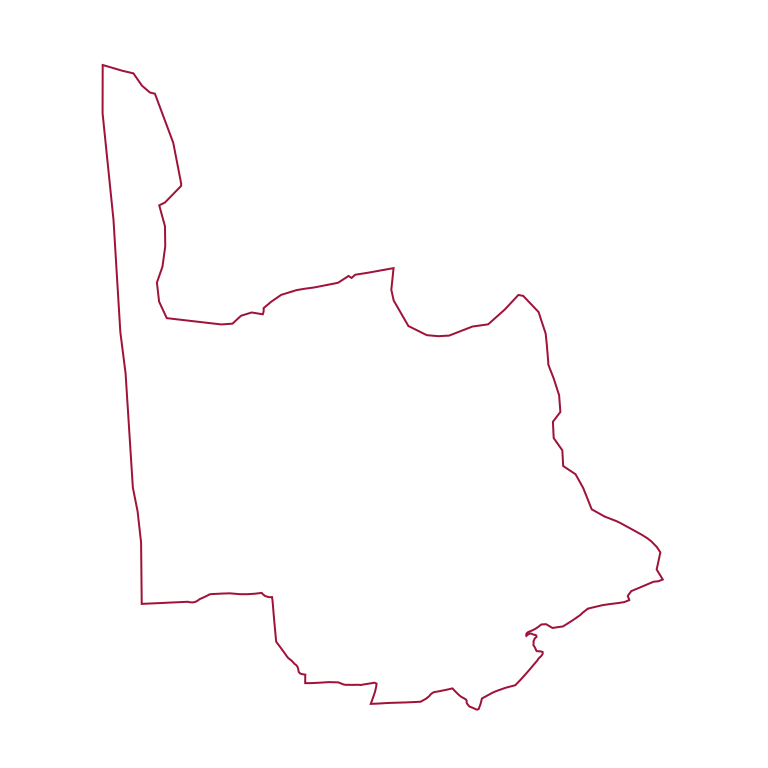 the district of Ojo, Lagos, Nigeria, rotated 88°
{"feature_id": "59680162B67711641000031", "entity_name": "Ojo", "entity_type": "district", "adm_level": 2, "iso_a3": "NGA", "parent_name": "Nigeria", "parent_adm1": "Lagos", "projection": "equal_earth", "projection_center": [3.188, 6.464], "detail": "fine", "context": "isolated", "style": "outline", "palette": "rose", "viewbox_px": 768, "rotation_deg": 88, "n_neighbors": 0, "source": "geoboundaries", "source_scale": "gbopen_adm2", "svg_char_len": 3267}
<svg xmlns="http://www.w3.org/2000/svg" viewBox="0 0 768 768"><g transform="rotate(88 384 384)"><path d="M300.8,241.8L299.7,246.6L313.8,260.7L328.0,277.8L329.7,293.8L337.9,317.2L338.1,328.1L336.7,339.5L326.9,357.6L300.9,371.4L290.1,373.4L268.5,370.4L272.3,396.5L273.8,409.0L276.9,412.7L274.8,415.7L281.2,426.3L285.1,450.5L286.0,459.7L287.1,468.1L291.3,483.6L297.8,493.8L303.9,501.6L307.5,501.8L310.1,502.7L307.9,513.8L310.8,524.5L318.4,533.3L318.8,544.5L314.1,575.7L310.6,598.8L293.8,605.9L274.7,607.4L259.0,601.3L238.7,597.8L218.7,597.4L197.6,602.4L195.0,596.6L178.9,579.8L176.7,579.7L135.6,586.2L85.9,602.8L84.5,607.8L77.4,615.5L64.8,623.6L61.9,634.3L55.4,654.0L103.6,655.8L210.7,648.6L322.8,645.7L364.2,641.9L478.8,638.6L502.7,634.7L534.1,632.3L595.3,633.8L595.2,626.6L595.1,612.9L595.0,608.0L594.9,596.5L594.8,587.8L594.8,587.6L595.1,586.5L595.4,585.3L595.6,582.6L595.1,580.0L594.0,577.7L592.7,576.0L591.4,572.8L590.2,569.9L588.2,565.7L587.9,563.6L587.9,560.0L587.8,554.0L587.8,545.5L588.4,540.5L589.1,534.6L589.3,528.0L589.1,520.6L588.5,513.5L589.8,512.5L591.6,510.4L592.5,508.1L593.1,505.8L593.1,503.3L597.7,502.9L612.5,502.2L624.9,501.5L632.1,501.1L637.4,500.8L638.6,500.2L644.3,496.2L649.2,492.9L652.9,490.5L654.6,489.2L656.9,486.4L658.7,484.7L660.6,483.2L661.8,481.6L663.6,480.3L666.3,479.6L668.2,479.4L669.1,479.1L670.4,477.8L671.0,476.5L671.7,473.0L671.7,472.8L675.4,473.0L680.2,473.2L680.4,467.9L680.3,460.7L680.2,455.9L680.0,449.6L680.6,440.0L680.7,439.9L681.9,437.1L682.9,434.8L683.4,432.4L683.3,431.5L683.6,425.8L683.7,420.2L684.0,417.6L683.5,414.3L682.7,407.7L682.3,405.0L682.2,404.7L682.2,403.9L682.3,403.7L683.2,401.9L685.9,402.3L690.9,403.6L696.6,405.7L703.2,408.4L703.2,408.2L703.2,403.0L702.9,389.4L703.0,373.5L702.9,364.3L702.8,358.5L700.0,353.0L697.6,349.8L695.5,347.9L694.1,345.7L693.7,344.7L692.9,339.0L691.6,331.4L690.6,326.2L690.8,326.0L692.7,324.4L696.6,320.8L699.0,318.2L701.2,314.6L702.0,313.3L703.2,312.5L705.3,312.5L706.1,312.3L709.3,309.9L711.0,306.0L712.6,302.9L712.6,302.5L712.6,301.8L712.0,300.6L711.1,300.3L707.2,298.7L701.7,297.1L696.3,286.3L694.9,282.8L691.9,273.3L689.6,263.3L684.5,258.0L676.8,250.6L673.3,247.4L665.6,240.4L663.3,238.7L661.5,236.5L659.7,235.1L658.8,234.8L657.4,234.8L656.8,236.4L656.7,236.5L656.4,239.8L656.4,240.4L655.6,241.2L653.8,241.8L651.2,243.1L650.6,243.7L649.3,243.7L647.6,243.5L646.4,243.6L644.3,242.5L643.6,242.4L642.1,240.4L641.2,240.4L640.3,241.0L639.9,242.4L639.5,243.9L638.7,245.2L638.5,246.9L639.7,249.2L640.7,250.5L640.1,250.7L638.1,250.1L637.0,248.7L635.5,244.6L634.0,241.3L632.0,238.2L629.8,235.1L629.7,230.4L633.7,224.1L632.9,217.4L632.6,213.8L630.0,209.2L626.8,203.8L622.5,197.1L621.8,196.0L619.1,192.9L615.6,188.1L615.8,187.8L615.4,187.1L614.5,182.6L612.7,173.6L612.0,167.7L611.1,157.9L610.4,151.7L608.6,146.5L607.8,146.5L604.5,147.8L604.0,147.6L599.6,144.1L591.0,121.5L590.7,116.7L589.1,112.2L578.9,118.0L573.2,116.5L561.9,113.7L556.5,117.0L550.6,122.3L547.3,126.3L543.7,131.6L530.9,153.1L529.2,156.4L524.2,168.1L516.5,180.8L495.0,188.5L480.9,195.7L472.2,207.8L456.5,208.1L444.9,215.7L444.0,216.3L427.6,216.5L418.1,208.7L401.3,209.4L384.4,214.2L375.6,217.3L370.3,219.1L367.9,219.1L350.6,219.9L339.2,220.7L317.5,227.0L300.8,241.8Z" fill="none" stroke="#9f1239" stroke-width="2"/></g></svg>